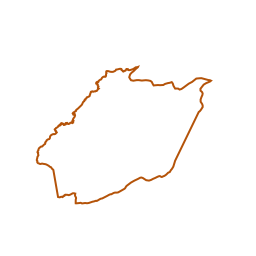 the district of San José De La Montaña, Antioquia, Colombia, rotated 239°
{"feature_id": "7082276B28312020323085", "entity_name": "San José De La Montaña", "entity_type": "district", "adm_level": 2, "iso_a3": "COL", "parent_name": "Colombia", "parent_adm1": "Antioquia", "projection": "equal_earth", "projection_center": [-75.652, 6.816], "detail": "fine", "context": "isolated", "style": "outline", "palette": "amber", "viewbox_px": 256, "rotation_deg": 239, "n_neighbors": 0, "source": "geoboundaries", "source_scale": "gbopen_adm2", "svg_char_len": 5689}
<svg xmlns="http://www.w3.org/2000/svg" viewBox="0 0 256 256"><g transform="rotate(239 128 128)"><path d="M68.7,141.0L69.8,143.1L70.3,144.6L71.5,146.9L74.9,150.7L75.5,151.3L75.9,151.9L105.3,196.9L105.4,198.1L106.0,199.8L107.5,202.8L108.9,203.6L110.3,203.9L113.1,203.8L115.0,204.9L116.6,206.8L118.0,208.8L119.2,209.8L120.6,210.0L122.7,209.4L124.3,210.3L126.2,215.2L126.2,218.0L125.6,222.3L125.8,223.5L126.8,222.8L127.7,221.6L132.9,216.6L133.9,214.7L135.2,212.0L134.5,206.7L134.7,202.9L134.1,196.8L133.9,193.9L134.4,192.0L135.8,191.4L136.6,190.3L137.5,188.7L140.7,188.7L143.1,189.3L144.8,189.1L145.2,187.2L145.9,185.4L146.7,182.5L146.7,180.4L148.2,177.5L149.4,175.8L151.3,171.9L153.1,171.9L155.3,172.1L156.8,171.5L158.4,169.8L159.8,167.9L161.6,164.2L163.4,162.0L164.5,160.2L165.8,156.9L167.4,155.2L169.5,155.1L170.9,155.2L172.9,157.5L173.6,159.8L173.8,161.9L174.7,165.5L175.0,167.7L175.2,168.0L175.3,167.4L176.0,165.9L176.0,165.4L175.9,164.2L175.9,162.5L176.6,159.6L177.1,158.6L177.4,158.2L177.6,158.0L177.8,158.0L178.1,158.3L178.4,158.3L178.7,157.9L178.8,157.6L179.1,157.5L179.3,157.2L179.3,156.8L179.0,156.5L178.5,155.5L178.5,155.3L178.5,155.1L178.8,154.7L178.9,154.4L178.7,153.8L178.7,153.5L178.7,153.2L179.2,152.8L179.7,152.9L180.3,152.8L180.9,152.3L181.3,152.4L181.8,152.7L182.0,152.7L182.3,152.4L182.9,151.6L183.7,149.0L184.2,147.9L183.7,147.0L183.6,146.3L183.7,145.6L183.7,144.9L183.9,144.0L184.5,142.9L185.4,141.7L186.8,140.5L187.4,139.7L187.7,139.2L187.8,138.8L187.7,138.6L187.1,138.0L186.1,137.9L185.6,137.0L184.1,136.1L183.9,135.8L183.6,135.4L183.6,134.9L183.7,134.7L183.9,134.4L184.3,134.3L184.4,134.1L184.6,132.7L184.4,131.6L184.0,130.9L183.5,130.1L183.7,129.0L183.6,127.8L183.4,127.1L182.7,126.3L182.7,126.0L182.9,125.7L183.2,125.7L183.4,125.5L183.4,124.7L183.3,124.4L183.0,123.9L182.5,123.6L182.4,123.6L182.0,124.3L181.8,124.3L181.6,124.1L181.3,124.3L181.0,124.5L180.6,124.4L180.2,123.9L179.9,123.8L179.7,123.8L179.1,124.1L178.6,124.0L178.2,123.2L178.0,122.9L177.5,122.7L177.2,122.8L176.8,123.1L176.7,122.7L177.0,122.5L177.0,122.4L176.9,122.2L176.6,122.0L176.5,121.8L176.4,121.4L176.0,120.7L175.9,120.2L176.3,119.7L176.2,118.9L176.3,118.8L176.7,118.2L176.8,117.4L177.0,116.9L177.4,116.7L177.6,116.6L177.7,115.7L178.0,115.6L178.1,115.3L178.1,114.9L177.9,114.5L177.5,114.3L176.8,113.2L176.1,112.7L175.8,112.0L175.4,111.8L175.1,111.4L175.1,110.3L175.5,108.4L175.4,108.2L175.2,108.2L174.9,107.7L174.7,106.7L174.7,105.9L174.5,105.7L174.3,105.8L174.2,105.8L174.2,105.5L174.3,105.2L174.2,104.8L174.0,104.6L173.5,104.3L173.4,103.0L172.5,101.6L172.1,101.1L171.6,100.1L170.4,95.0L170.2,93.0L169.9,92.6L169.5,92.4L169.3,91.9L169.3,91.7L169.5,91.5L169.5,91.2L169.3,90.5L169.4,89.9L169.4,89.1L169.2,88.6L169.0,88.1L168.8,88.1L168.8,88.8L168.4,88.6L168.5,89.1L168.5,89.3L168.4,89.3L168.2,89.3L168.2,89.1L168.0,88.9L167.8,88.8L167.7,88.8L167.5,89.4L167.4,89.5L167.2,89.4L167.1,89.0L166.9,88.7L166.7,88.9L166.7,89.3L166.2,89.2L165.2,88.2L164.9,87.6L164.3,86.1L163.7,85.2L163.4,84.9L163.2,84.9L162.3,85.1L162.2,85.0L162.2,84.8L162.7,84.3L162.7,83.9L162.3,83.5L162.1,83.6L161.6,84.0L161.4,84.0L161.3,83.1L160.9,83.2L160.9,82.7L161.9,82.1L162.1,81.6L162.2,81.1L161.9,80.6L161.9,80.2L161.9,79.7L162.1,79.0L162.3,78.7L162.9,78.4L163.1,78.4L163.4,78.6L163.7,78.5L163.8,78.1L163.8,77.6L164.2,77.5L164.3,77.2L164.2,76.9L163.9,76.9L163.5,77.2L163.4,77.1L163.2,76.7L163.2,76.3L163.3,75.8L163.4,75.0L163.5,74.8L163.7,74.5L164.2,74.6L164.7,74.8L165.0,74.7L165.3,74.2L165.4,73.4L165.6,73.3L165.9,73.3L166.0,73.7L166.2,73.8L166.4,73.6L166.5,73.1L166.4,72.9L166.1,72.8L165.5,72.7L165.4,72.5L165.4,72.2L165.5,71.8L165.6,71.7L165.9,71.7L166.0,71.4L165.7,71.1L165.2,71.0L165.2,70.7L165.3,70.4L165.8,69.9L165.7,69.5L165.4,69.4L165.0,68.1L165.0,67.0L165.1,66.4L164.7,65.8L164.7,64.8L164.6,64.5L164.5,64.4L163.5,64.4L163.0,64.3L162.8,64.3L162.5,64.6L162.3,64.4L162.0,64.5L161.9,64.4L161.1,64.7L160.9,64.7L160.4,62.9L160.4,62.5L160.7,61.5L161.3,60.8L161.5,59.2L161.4,58.0L161.1,57.3L160.8,56.8L160.4,56.5L159.4,55.6L159.1,54.8L159.2,54.4L159.5,53.2L159.4,52.4L159.3,51.8L159.2,51.6L158.6,51.0L158.5,50.2L158.3,49.7L157.9,49.3L157.3,49.1L157.0,48.6L157.0,47.3L156.4,45.1L156.4,44.8L156.7,44.4L156.7,43.9L156.9,43.6L156.9,43.4L156.6,42.3L156.6,41.6L156.4,41.3L155.8,40.2L155.0,39.7L154.5,38.5L154.0,38.3L153.8,38.0L153.2,38.2L152.9,38.2L152.6,37.7L152.4,37.6L151.1,37.3L150.7,37.1L150.4,36.4L149.8,35.4L148.8,34.6L148.3,34.0L147.9,33.6L147.0,33.1L146.2,33.3L145.4,32.6L144.8,32.6L144.1,32.8L143.5,33.4L142.7,33.9L142.4,34.2L142.1,34.8L141.8,35.9L141.5,36.3L141.0,36.8L140.0,38.0L139.4,38.7L138.5,39.4L136.4,40.6L135.1,41.0L134.0,41.8L133.6,41.9L132.5,41.8L131.1,42.3L130.5,42.4L104.9,32.5L104.3,33.1L103.7,33.8L103.6,34.8L103.3,35.5L103.2,35.8L102.5,36.3L102.6,37.1L102.9,37.4L102.9,37.6L102.6,38.4L102.6,38.7L102.7,38.9L102.9,38.9L103.1,39.0L103.1,39.3L103.1,39.9L101.8,41.8L100.9,42.7L100.7,43.8L100.6,44.2L100.5,46.9L100.2,47.6L99.8,48.2L99.2,48.6L98.9,49.0L98.1,48.3L97.2,47.7L95.2,47.6L94.9,47.5L94.5,47.3L93.5,46.3L92.7,45.8L91.3,44.9L90.4,44.4L90.1,44.8L88.8,47.5L88.3,48.8L87.9,49.2L87.3,49.5L86.9,50.0L85.8,52.6L84.7,54.0L84.3,54.8L83.9,55.9L83.1,59.6L82.6,61.0L82.2,62.8L82.0,63.3L81.6,63.6L81.5,64.1L81.5,67.1L81.4,68.3L80.9,69.6L80.5,75.6L80.5,76.9L80.3,78.7L79.8,79.5L79.7,82.3L79.3,83.7L78.5,84.9L77.9,86.3L77.8,89.5L77.7,93.8L78.1,95.0L78.7,95.9L79.1,97.0L79.7,102.5L79.6,106.4L79.2,110.4L79.1,112.8L78.7,113.9L77.6,114.9L73.9,116.7L72.1,118.9L71.6,121.1L71.5,123.4L71.2,125.4L71.0,127.9L70.8,129.4L70.6,130.0L70.4,130.5L70.0,130.8L69.2,131.2L68.7,131.6L68.5,132.2L68.4,133.7L68.2,134.5L68.3,136.4L68.7,138.2L69.0,139.3L68.9,140.2L68.7,141.0Z" fill="none" stroke="#b45309" stroke-width="2"/></g></svg>